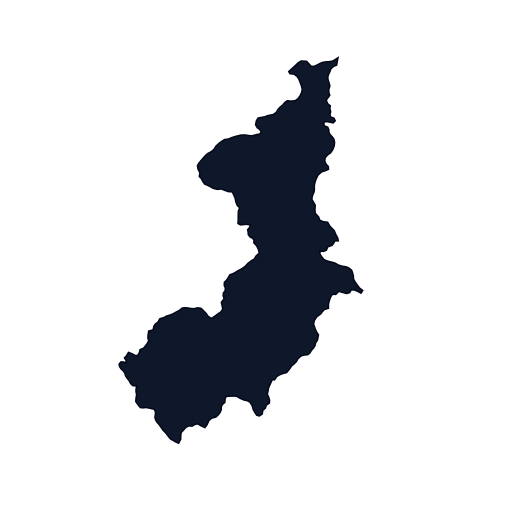 Bom Jesus do Galho, Minas Gerais, Brazil (Mercator projection), rotated 54°
{"feature_id": "56859067B85920776118835", "entity_name": "Bom Jesus do Galho", "entity_type": "district", "adm_level": 2, "iso_a3": "BRA", "parent_name": "Brazil", "parent_adm1": "Minas Gerais", "projection": "mercator", "projection_center": [-42.364, -19.729], "detail": "fine", "context": "isolated", "style": "filled", "palette": "ink", "viewbox_px": 512, "rotation_deg": 54, "n_neighbors": 0, "source": "geoboundaries", "source_scale": "gbopen_adm2", "svg_char_len": 4938}
<svg xmlns="http://www.w3.org/2000/svg" viewBox="0 0 512 512"><g transform="rotate(54 256 256)"><path d="M228.5,146.4L226.1,144.9L222.8,145.3L219.6,144.6L217.1,142.2L216.3,138.6L216.4,135.2L215.1,131.4L212.8,127.9L210.2,125.6L207.3,124.3L204.1,124.3L201.2,124.7L198.8,124.3L196.6,122.9L194.0,122.2L191.7,123.8L189.3,124.0L187.6,121.6L189.6,119.0L191.8,117.0L193.7,115.3L193.2,112.4L190.2,111.9L187.7,113.8L185.4,113.3L183.2,110.8L180.2,109.6L178.2,107.6L174.9,108.5L171.2,107.6L170.1,104.2L169.3,101.8L166.9,101.1L164.2,99.4L161.8,96.2L158.3,94.9L155.5,94.0L153.3,92.6L151.7,90.5L150.4,88.0L148.6,85.4L148.2,81.6L149.0,78.6L146.5,76.0L143.8,73.1L143.6,76.7L143.3,79.4L141.8,82.6L139.7,85.8L138.3,88.9L137.8,91.5L137.4,94.1L136.7,97.7L134.7,100.0L131.7,100.2L128.3,100.6L126.4,102.8L124.7,105.0L124.5,108.3L125.0,112.0L125.5,116.4L126.0,121.1L128.4,121.4L131.3,118.3L135.1,117.2L137.7,117.3L141.1,118.1L145.2,119.3L148.5,120.7L150.5,123.0L152.2,126.0L153.4,129.6L153.4,132.9L151.6,136.2L148.8,139.4L148.7,142.4L149.5,145.4L149.8,149.6L150.4,152.3L151.7,155.0L151.7,158.9L150.3,161.8L149.3,164.1L148.5,167.2L147.0,170.2L145.6,173.3L146.9,176.3L149.6,179.2L153.0,179.6L155.6,178.7L158.8,178.7L159.5,181.5L158.2,183.8L157.3,186.4L156.1,189.1L154.2,191.1L151.4,194.0L149.2,197.3L148.0,200.3L146.9,203.1L145.9,206.2L145.2,209.4L143.3,213.0L143.0,218.4L143.5,223.5L145.0,227.3L145.3,230.8L144.7,234.9L145.0,237.8L145.6,240.7L146.5,244.5L147.4,247.9L148.6,250.4L151.8,251.9L155.5,252.4L158.5,255.2L160.9,254.7L164.3,255.2L167.5,255.3L169.9,253.9L172.9,252.3L176.2,250.8L179.5,248.0L181.3,244.7L183.9,243.1L187.6,240.6L190.1,237.6L193.5,238.1L197.2,239.0L200.3,240.5L204.4,241.5L207.4,240.8L209.4,244.0L211.5,245.6L213.7,247.3L216.5,249.3L219.1,251.5L221.7,250.3L224.8,245.0L227.9,242.2L229.2,244.8L229.8,247.3L232.0,248.3L234.2,249.7L237.2,249.6L239.5,248.4L241.9,248.2L244.0,250.0L248.1,249.5L252.0,250.2L255.5,251.6L256.1,256.2L257.5,259.3L257.1,261.9L257.2,266.9L258.0,270.7L258.0,274.7L257.3,279.4L257.1,282.7L256.7,285.4L255.8,288.0L257.2,291.3L258.2,294.0L258.7,297.1L261.3,299.1L263.7,299.5L265.9,301.3L266.8,304.2L268.9,306.0L271.8,306.9L273.1,311.3L276.5,312.7L279.5,314.2L280.6,317.4L280.4,320.4L280.5,324.3L280.3,328.8L276.6,330.2L273.2,330.1L269.7,330.6L266.2,331.1L263.7,333.5L262.0,337.5L259.4,340.3L256.5,343.2L254.7,346.3L255.0,349.9L254.3,354.3L254.0,357.2L253.2,360.4L252.0,363.6L251.7,366.7L250.2,370.7L251.9,374.3L251.8,376.9L252.6,379.6L255.3,382.8L253.6,386.9L256.3,389.6L258.7,391.6L261.6,392.7L263.0,395.8L263.7,398.3L264.5,401.0L263.6,404.8L265.8,407.4L266.9,410.4L265.4,412.3L262.6,413.5L259.0,415.8L260.6,419.5L261.1,422.3L264.1,422.5L266.1,424.2L263.9,425.4L262.3,427.5L263.0,430.3L265.3,431.4L268.2,431.5L270.9,430.9L273.7,431.0L276.1,431.9L279.1,432.1L281.9,431.9L285.4,432.4L288.5,431.9L290.9,429.0L293.1,431.2L295.1,432.8L298.0,434.1L300.8,436.9L303.0,438.8L306.6,438.9L310.6,438.7L312.5,436.6L313.9,434.1L315.8,432.2L317.9,430.4L320.3,428.3L323.7,429.3L327.1,432.6L329.8,433.6L332.3,433.8L334.8,433.5L338.3,433.5L342.5,433.6L346.1,433.0L351.3,432.9L354.3,432.6L356.5,431.4L358.8,430.5L362.0,428.7L360.0,424.6L357.0,422.4L354.8,420.2L354.3,417.3L353.4,413.5L354.0,410.1L356.1,407.7L356.4,404.2L357.7,401.7L361.0,400.3L364.8,398.2L363.7,394.7L361.5,391.0L361.1,387.4L362.7,383.0L362.3,379.8L361.4,376.8L359.9,374.4L357.6,372.7L356.4,370.6L356.1,367.2L353.3,364.9L352.1,362.6L354.4,359.0L356.6,355.8L358.3,354.0L361.8,352.5L365.3,350.5L368.1,348.0L370.8,346.8L374.9,347.1L378.6,348.5L381.9,348.9L385.3,349.0L387.4,347.3L387.5,343.8L384.9,341.3L384.6,337.9L382.7,335.3L382.9,331.7L380.7,329.8L377.9,328.8L374.3,328.0L372.4,325.7L370.2,323.6L368.4,320.5L366.9,317.8L365.7,315.7L367.1,313.7L365.7,310.2L366.0,306.7L366.8,303.7L368.3,299.7L367.1,295.2L365.8,291.5L365.7,288.5L365.1,285.3L363.7,282.3L363.4,277.9L364.8,274.6L366.3,272.1L366.1,269.2L364.8,266.4L364.4,264.0L363.3,261.1L361.5,259.2L360.1,255.6L356.5,251.8L353.0,251.6L349.9,251.0L347.5,250.2L345.1,249.6L342.6,246.9L340.9,242.7L340.9,237.5L340.0,235.0L339.5,232.0L340.9,228.1L338.2,226.2L336.4,224.5L334.7,222.2L332.9,219.5L331.9,216.7L334.0,214.0L333.2,209.8L336.8,207.0L339.5,204.9L340.7,201.8L339.4,198.8L341.3,196.4L344.4,194.5L347.8,192.9L346.6,189.9L342.6,191.1L339.0,191.1L335.8,191.1L332.0,190.7L329.3,188.9L325.9,187.6L323.6,187.0L320.6,187.8L318.4,188.9L316.4,190.7L314.7,192.5L311.5,194.8L308.2,196.2L305.4,198.4L303.2,200.3L300.6,202.2L298.4,203.2L294.9,203.3L292.1,203.1L289.7,201.6L291.9,198.7L292.7,195.7L290.8,192.6L292.1,188.1L291.3,185.6L290.1,183.4L292.1,180.5L289.5,179.3L284.9,178.7L281.6,177.8L278.8,178.2L275.1,178.7L270.8,178.2L267.7,181.5L264.5,183.4L261.2,182.4L258.8,182.7L256.1,182.9L253.2,181.1L249.7,178.2L246.1,177.8L242.9,177.5L240.4,174.9L238.2,171.3L236.5,169.6L234.4,168.3L232.1,166.2L230.1,163.7L228.7,161.5L227.0,158.3L226.5,153.4L227.6,150.4L228.5,146.4Z" fill="#0f172a" stroke="#020617" stroke-width="1.5"/></g></svg>